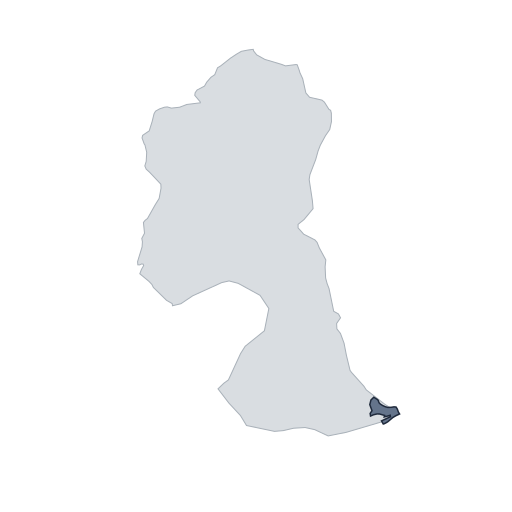 where Rucavas sits in Latvia, rotated 252°
{"feature_id": "LVA-5718", "entity_name": "Rucavas", "entity_type": "Municipality", "adm_level": 1, "iso_a3": "LVA", "parent_name": "Latvia", "parent_adm1": "", "projection": "orthographic", "projection_center": [21.181, 56.214], "detail": "fine", "context": "in_parent", "style": "filled", "palette": "slate", "viewbox_px": 512, "rotation_deg": 252, "n_neighbors": 0, "source": "natural_earth", "source_scale": "10m", "svg_char_len": 2296}
<svg xmlns="http://www.w3.org/2000/svg" viewBox="0 0 512 512"><g transform="rotate(252 256 256)"><path d="M371.5,372.0L368.6,371.8L360.5,369.3L353.5,365.2L349.0,359.3L341.5,351.4L336.7,347.5L329.3,342.6L316.7,332.4L312.3,330.2L291.1,326.7L283.4,324.9L275.8,312.9L273.1,305.8L269.7,304.7L266.0,306.4L262.0,308.1L253.1,317.0L250.1,318.3L244.3,318.7L230.7,321.2L224.4,318.4L213.5,315.4L207.7,315.1L202.5,315.4L179.4,312.8L175.4,316.5L171.1,317.3L166.9,311.8L161.7,310.4L156.2,312.4L145.9,312.8L133.7,311.3L118.2,310.1L115.9,310.8L98.8,318.4L94.6,319.5L75.9,332.2L61.0,343.9L59.4,325.2L60.4,287.6L62.6,269.0L72.7,258.2L77.7,249.7L80.6,238.5L81.5,228.0L83.5,219.4L97.7,194.6L109.1,191.9L124.4,184.8L141.4,178.8L144.9,186.0L146.7,191.5L168.0,211.2L173.5,217.8L182.3,240.9L202.1,252.0L217.3,247.7L223.7,241.7L235.5,230.6L240.6,222.7L241.3,215.2L237.7,183.5L233.8,169.8L234.5,161.2L236.6,161.6L241.5,157.2L257.8,148.7L261.1,148.2L264.9,146.4L275.0,140.0L278.6,142.9L281.6,146.2L283.1,146.2L283.8,144.8L283.5,142.6L284.1,140.9L287.2,141.6L299.9,150.5L304.7,152.4L308.0,152.8L312.1,157.0L322.7,159.3L324.2,161.6L325.2,164.4L335.8,175.9L340.7,181.7L349.8,186.6L353.7,187.7L368.5,180.7L372.5,178.4L376.0,178.1L379.9,180.8L388.4,184.1L395.9,184.7L397.2,184.3L403.5,184.1L405.8,185.5L408.0,193.1L415.7,198.6L422.8,203.0L424.8,205.2L425.7,209.6L425.8,214.9L425.2,217.7L422.8,221.2L421.1,229.3L421.5,237.0L418.9,250.4L419.8,250.6L427.7,247.4L430.1,248.6L432.1,251.3L433.5,259.5L436.6,262.9L439.9,268.4L441.2,272.8L446.9,277.6L447.7,281.1L452.1,293.0L454.0,299.9L455.2,305.3L454.3,312.4L453.4,317.2L451.7,317.1L447.1,318.8L440.2,325.2L430.3,339.6L427.7,342.8L425.7,353.3L425.1,354.3L418.6,354.5L416.8,354.4L410.2,355.2L395.7,353.8L390.4,356.0L383.9,366.9L381.2,368.6L372.9,370.7L371.5,372.0Z" fill="#d9dde1" stroke="#a8b0b8" stroke-width="1"/><path d="M85.3,324.4L81.7,327.3L80.8,327.6L78.3,327.7L76.6,328.6L74.6,330.3L72.6,332.5L71.2,334.7L70.3,337.9L69.9,340.6L69.1,342.5L66.8,343.1L63.6,343.2L61.5,343.7L61.4,343.2L60.9,339.5L60.1,336.2L57.6,330.0L57.1,327.8L56.8,325.7L56.9,325.1L60.4,324.4L61.6,334.2L63.1,334.4L63.1,331.8L63.3,328.2L64.6,329.1L67.6,324.6L68.4,322.3L68.7,318.7L68.4,315.5L71.0,315.9L73.0,318.5L79.5,318.3L83.5,320.8L85.3,324.4Z" fill="#64748b" stroke="#1e293b" stroke-width="1.5"/></g></svg>